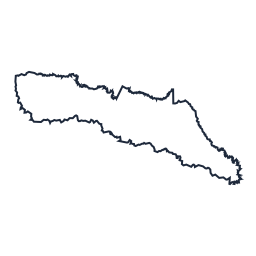 the district of Cuyabeno, Sucumbios, Ecuador
{"feature_id": "8360857B98272453986256", "entity_name": "Cuyabeno", "entity_type": "district", "adm_level": 2, "iso_a3": "ECU", "parent_name": "Ecuador", "parent_adm1": "Sucumbios", "projection": "mercator", "projection_center": [-75.771, -0.334], "detail": "fine", "context": "isolated", "style": "outline", "palette": "slate", "viewbox_px": 256, "rotation_deg": 0, "n_neighbors": 0, "source": "geoboundaries", "source_scale": "gbopen_adm2", "svg_char_len": 5731}
<svg xmlns="http://www.w3.org/2000/svg" viewBox="0 0 256 256"><path d="M233.7,183.9L234.5,184.0L234.7,181.8L236.2,182.5L235.9,181.7L236.7,181.1L237.5,182.2L237.9,181.7L238.3,182.5L239.0,182.5L238.7,180.2L239.1,179.6L240.6,179.2L240.0,179.0L240.6,178.5L240.0,178.1L240.2,177.5L239.6,177.6L238.9,176.8L238.9,175.6L240.0,175.2L237.6,174.5L238.1,174.0L237.8,172.6L238.2,172.5L237.8,170.5L238.7,170.9L240.4,169.1L239.8,169.1L239.9,168.2L239.5,168.1L239.9,165.7L236.9,165.0L238.1,163.6L237.2,163.1L237.8,162.6L237.0,162.6L237.4,160.9L236.5,160.7L236.6,160.1L235.9,160.2L235.9,159.8L233.7,161.9L233.9,162.7L233.3,162.8L232.7,162.0L233.4,161.0L232.8,161.2L232.0,160.0L232.4,159.1L232.8,159.4L233.1,157.9L232.4,157.1L232.0,157.9L231.1,156.5L230.5,156.8L229.7,156.4L229.4,157.6L229.0,157.4L228.1,157.9L227.2,155.6L226.5,156.0L226.2,155.6L225.7,156.1L225.6,155.7L225.0,155.9L224.7,154.7L225.5,154.4L225.0,153.8L225.6,153.4L224.8,152.7L225.4,152.4L224.4,150.5L222.6,150.0L222.9,148.6L221.8,148.4L220.8,150.0L220.2,150.2L220.0,149.7L219.6,150.6L219.1,150.2L218.7,150.6L217.8,149.6L217.5,147.6L216.3,147.1L215.5,147.5L215.0,146.7L214.2,146.7L214.1,146.1L211.9,145.4L211.3,143.8L211.9,142.4L210.8,141.1L210.1,141.1L209.7,139.4L208.4,139.5L207.2,138.8L206.6,136.7L205.3,135.7L205.4,134.5L204.4,134.3L204.2,133.0L202.6,131.5L202.1,129.1L200.5,127.7L200.1,127.0L200.4,126.5L199.6,126.3L199.7,125.7L198.8,125.1L198.9,124.5L198.4,124.1L198.6,122.0L197.4,121.7L196.8,120.8L197.8,118.8L196.1,116.6L195.5,111.1L194.4,110.6L193.6,109.5L192.8,109.4L192.1,108.3L192.3,107.4L190.6,106.2L190.1,104.2L188.9,104.0L188.1,102.6L185.2,100.4L184.4,101.1L180.4,102.1L178.7,100.8L177.0,102.9L175.0,103.5L173.3,103.4L173.1,89.4L171.9,89.4L171.3,91.2L169.8,92.1L169.3,93.4L168.8,93.0L168.5,93.8L167.7,93.9L167.6,94.7L168.1,94.9L167.6,95.2L168.1,95.8L166.0,97.2L165.6,98.3L164.4,98.0L164.1,98.5L163.6,98.1L162.4,99.6L161.3,99.6L161.3,99.2L160.3,99.3L160.3,98.8L159.0,99.1L158.6,98.6L156.8,98.6L156.6,99.2L156.4,98.5L155.3,98.6L154.5,98.0L152.8,98.7L152.2,97.4L151.9,98.0L150.8,97.5L150.8,97.1L150.4,97.4L148.1,94.9L147.4,95.5L147.0,94.6L145.8,94.1L145.3,94.6L145.3,93.9L144.6,93.6L143.9,94.0L143.7,93.5L142.5,93.2L142.7,92.8L141.4,92.5L140.5,92.9L140.5,92.2L139.5,91.8L138.8,92.6L138.3,92.2L137.7,92.8L136.6,92.3L135.5,92.5L135.6,92.8L134.9,92.5L133.7,93.3L133.3,92.8L132.1,93.0L131.6,91.9L130.1,91.8L130.2,91.0L129.0,91.1L129.5,88.7L128.7,89.4L128.3,88.2L126.5,88.5L122.5,86.3L116.6,98.4L116.3,97.2L115.1,97.2L115.3,98.1L113.6,98.2L113.4,98.8L112.9,98.5L113.3,97.8L112.2,97.5L112.5,97.2L111.8,96.3L112.5,95.8L112.1,95.7L112.5,95.3L112.2,94.9L113.2,93.2L112.8,91.5L111.8,91.6L111.9,90.9L111.5,91.3L110.8,90.8L110.7,91.8L109.6,92.7L107.5,92.6L106.8,91.4L107.5,90.9L107.1,88.4L105.7,88.6L105.3,88.0L105.3,88.5L104.5,87.8L104.0,88.0L104.4,87.4L104.0,87.5L104.2,86.9L103.7,86.3L103.3,86.6L102.4,86.2L99.7,87.2L99.6,86.3L98.1,86.5L98.2,87.0L98.5,86.8L99.1,87.0L97.9,87.7L97.7,87.4L96.8,88.6L93.9,89.3L92.4,88.5L89.5,88.5L89.6,88.2L87.8,87.4L87.4,86.5L86.6,86.6L86.4,86.0L85.9,86.3L85.9,85.7L84.4,84.8L83.7,84.9L84.3,85.6L84.1,86.2L83.0,85.9L82.6,86.9L81.9,87.0L80.7,86.2L80.7,85.4L80.0,86.2L78.9,83.8L78.3,83.4L77.9,83.9L77.9,82.9L77.2,83.4L76.8,83.0L77.3,82.3L76.5,81.9L76.7,81.1L75.9,81.6L76.3,81.2L75.8,80.7L76.5,80.8L76.1,80.2L76.9,78.7L76.5,78.3L76.9,77.7L77.5,77.9L77.8,76.6L77.1,76.6L76.7,75.4L76.2,75.2L75.3,76.1L74.5,75.7L73.1,74.7L73.1,74.0L71.2,74.2L70.7,75.0L70.9,75.8L69.5,74.6L67.9,76.8L67.0,76.2L65.6,76.7L63.3,76.0L62.3,77.0L62.4,76.5L61.7,76.5L61.8,76.1L60.8,75.7L58.8,76.4L58.3,75.7L58.0,76.2L56.3,76.3L55.4,75.2L53.1,74.0L53.1,74.9L52.2,75.3L50.8,74.9L50.0,75.3L49.7,74.8L49.0,75.7L47.7,75.3L47.0,75.9L45.4,75.0L44.5,75.5L44.4,75.0L43.1,75.4L43.2,74.9L42.6,75.0L41.9,74.0L40.9,73.6L40.7,74.1L39.2,73.6L38.7,74.3L37.0,74.5L34.5,73.0L29.0,71.9L26.6,73.1L26.0,74.5L24.2,75.2L21.5,74.1L18.4,75.8L17.9,75.4L15.8,75.8L15.4,81.7L16.1,85.5L15.5,86.5L16.0,88.9L15.5,90.5L17.1,92.5L16.7,95.9L18.3,96.5L19.1,98.3L18.3,99.4L17.9,102.4L18.6,102.9L20.2,102.6L22.0,105.9L20.8,107.5L20.5,109.1L22.6,108.1L24.9,109.9L24.5,112.7L26.2,112.5L27.8,111.4L31.3,113.8L31.1,116.7L31.9,118.3L30.5,119.8L32.6,120.0L33.9,121.7L41.0,122.0L43.7,119.8L46.3,120.1L47.5,119.5L49.4,120.9L50.1,122.9L50.8,121.5L52.7,121.0L54.3,120.0L56.2,120.6L59.8,119.9L61.2,122.4L63.5,121.1L64.5,119.5L67.5,120.3L69.6,118.1L72.8,118.2L74.9,116.0L76.1,115.4L77.2,116.1L77.9,120.1L78.7,121.1L80.0,121.1L81.3,120.4L83.2,120.9L85.4,120.7L89.3,122.5L90.0,122.1L91.2,119.8L92.8,120.6L93.9,122.7L95.9,121.0L96.9,120.8L99.4,123.8L101.3,124.1L101.2,125.3L102.5,128.6L101.8,130.5L102.9,131.0L103.6,132.5L108.8,131.4L110.5,131.8L111.4,132.9L110.2,133.2L110.4,134.1L112.1,134.4L115.1,137.1L116.6,136.7L116.9,137.7L117.3,137.7L120.1,136.8L120.6,140.1L119.0,141.0L127.1,142.6L128.1,142.3L129.7,140.0L131.2,141.1L130.5,143.6L131.6,143.3L132.5,143.9L134.0,144.0L134.3,145.5L135.7,146.0L138.5,144.6L139.7,144.9L142.1,143.7L143.4,143.7L144.1,142.9L145.6,143.8L149.3,142.9L150.7,143.7L151.9,145.6L153.6,146.9L154.6,149.4L154.5,151.0L157.5,152.1L159.1,151.0L160.5,151.2L162.3,149.9L163.2,149.9L164.2,149.1L164.8,149.3L165.3,148.6L165.9,148.6L166.8,149.5L166.9,151.3L168.0,151.0L169.2,152.4L172.4,152.8L172.8,153.9L175.7,154.3L176.4,155.6L176.7,158.0L177.7,158.1L178.1,156.3L180.1,156.4L180.5,157.7L179.6,160.2L182.2,161.0L181.9,164.1L183.5,165.4L186.3,164.6L191.2,166.8L192.9,164.8L193.7,164.6L194.7,165.5L194.9,167.0L198.5,165.1L203.1,166.4L205.4,168.3L206.8,168.5L207.7,167.8L208.7,167.9L210.3,169.5L210.6,172.9L212.5,175.7L215.3,174.6L219.2,177.9L223.4,177.4L226.2,179.6L227.3,179.5L229.8,177.8L229.4,183.9L230.0,184.1L231.8,182.3L233.0,182.0L234.2,183.0L233.7,183.9Z" fill="none" stroke="#1e293b" stroke-width="2"/></svg>